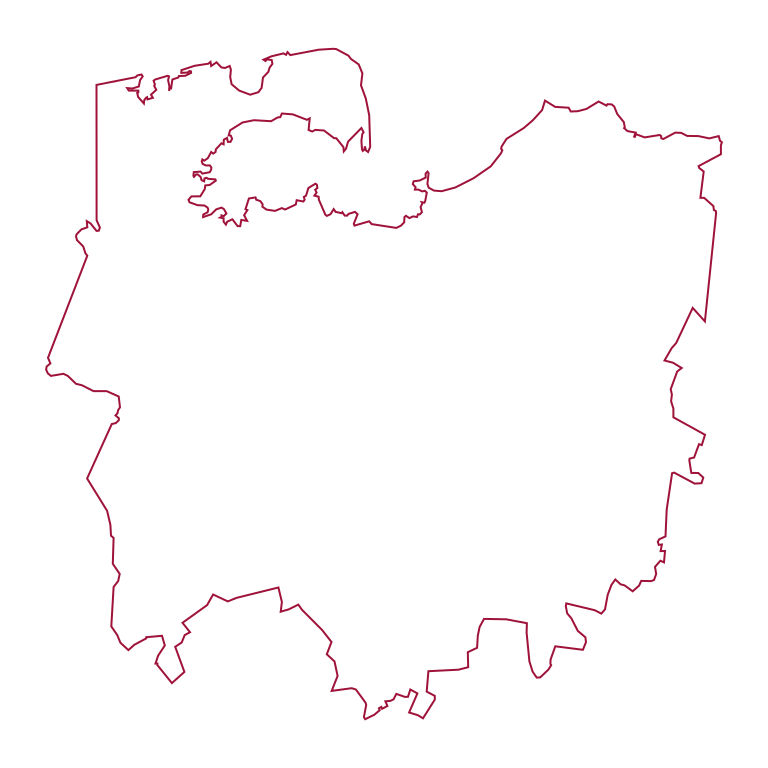 San Antero, Córdoba, Colombia
{"feature_id": "7082276B13648445071260", "entity_name": "San Antero", "entity_type": "district", "adm_level": 2, "iso_a3": "COL", "parent_name": "Colombia", "parent_adm1": "Córdoba", "projection": "natural_earth1", "projection_center": [-75.777, 9.358], "detail": "fine", "context": "isolated", "style": "outline", "palette": "rose", "viewbox_px": 768, "rotation_deg": 0, "n_neighbors": 0, "source": "geoboundaries", "source_scale": "gbopen_adm2", "svg_char_len": 6022}
<svg xmlns="http://www.w3.org/2000/svg" viewBox="0 0 768 768"><path d="M423.0,718.3L434.8,699.6L434.8,695.9L426.7,691.6L428.4,671.2L458.4,669.7L468.2,667.2L467.8,652.2L477.1,647.8L477.8,635.7L479.6,627.0L484.0,618.9L506.2,619.3L526.9,623.2L526.6,632.6L529.4,661.4L532.6,671.6L536.7,677.6L540.2,677.4L548.3,669.7L551.2,665.2L550.4,663.9L550.6,659.5L555.3,646.3L582.9,649.8L586.0,642.1L585.4,637.3L577.8,630.9L571.3,618.2L567.2,613.4L565.8,606.2L566.3,603.4L594.7,610.2L601.3,613.6L605.0,609.4L607.7,594.8L611.5,584.8L615.3,579.5L620.6,584.3L624.6,585.4L632.7,591.3L639.1,585.6L641.2,580.9L651.1,581.1L654.0,580.0L656.2,574.0L655.0,566.9L660.4,560.7L664.0,562.4L665.0,551.0L660.6,551.1L661.9,544.5L658.8,544.9L657.8,541.8L659.2,539.3L665.5,536.4L666.7,509.5L672.1,473.2L674.1,472.6L694.7,483.6L701.5,483.2L703.3,477.6L698.3,473.0L691.3,472.9L689.3,460.2L689.6,458.6L694.1,457.5L699.0,444.2L701.8,445.1L705.0,434.8L673.4,417.3L673.4,408.6L671.1,401.3L671.9,394.6L670.7,389.2L677.2,371.5L681.7,368.0L673.0,362.7L664.5,360.5L671.7,348.1L676.2,343.0L692.7,307.9L704.9,321.4L716.1,213.2L715.8,211.0L713.9,210.0L713.4,206.1L704.2,197.9L700.4,197.8L703.7,171.5L699.2,168.0L698.6,166.1L720.9,154.2L720.9,145.3L721.9,142.3L720.0,140.7L718.7,136.1L709.3,138.4L698.5,136.1L687.1,135.9L681.3,132.9L675.3,132.6L663.3,139.0L661.3,138.3L661.1,136.0L659.6,135.0L644.7,137.4L636.0,134.2L634.8,136.9L634.1,136.6L635.7,132.6L627.5,131.1L624.1,128.1L624.8,127.3L623.8,122.1L617.2,113.9L614.2,106.5L611.7,104.4L607.4,104.2L606.5,105.6L598.6,101.5L586.5,108.9L577.8,111.2L570.8,111.5L568.6,107.7L555.2,106.9L545.0,100.6L542.1,110.1L532.8,120.3L523.8,128.0L506.5,138.9L501.7,146.4L501.1,148.8L502.3,150.3L500.9,153.4L490.8,166.3L473.6,178.2L455.3,187.5L441.6,191.2L434.0,190.6L428.7,187.7L427.4,184.0L428.6,173.2L427.5,171.6L425.6,173.6L425.7,177.6L419.7,180.5L413.6,181.3L412.8,184.1L415.6,187.2L414.9,189.6L418.3,189.6L422.3,191.4L424.9,190.8L426.8,192.6L425.2,201.1L424.4,202.7L421.8,202.2L422.5,203.2L420.6,207.0L421.9,212.2L419.8,214.4L418.0,214.3L417.0,217.0L413.0,216.4L409.4,218.1L405.9,215.8L404.4,217.2L404.2,222.3L400.9,225.7L396.3,227.9L371.6,224.1L369.2,221.3L354.5,225.6L353.8,223.7L357.6,214.2L355.0,211.9L348.5,213.9L347.2,215.6L344.7,215.6L342.4,212.2L341.8,213.2L335.6,211.9L333.7,209.1L330.5,214.2L326.9,215.9L325.4,214.8L318.9,199.8L318.6,196.7L314.4,195.6L316.6,192.6L315.2,189.7L317.4,188.0L316.8,184.6L315.4,183.7L308.4,188.0L306.0,195.7L303.9,196.9L304.6,199.8L303.4,201.5L296.7,200.2L295.8,204.5L285.1,209.5L281.8,208.1L275.0,210.9L266.5,209.6L262.4,206.7L262.6,204.2L260.3,201.1L256.2,199.7L255.5,197.4L248.9,198.5L245.5,209.2L247.4,210.1L244.1,215.2L247.1,220.9L241.3,219.9L240.2,226.1L237.6,226.1L232.4,219.3L227.2,221.7L225.9,224.6L223.6,221.7L223.6,218.3L220.2,217.6L221.5,216.9L221.5,215.4L223.8,216.1L226.4,213.5L224.0,209.2L221.6,207.6L216.3,209.3L211.2,214.3L203.1,217.1L203.3,214.5L207.6,212.3L208.3,209.4L207.5,207.5L204.4,205.5L197.6,205.2L189.5,202.3L188.5,199.8L191.4,196.4L200.3,196.3L204.8,189.0L205.3,185.4L209.6,185.0L215.8,180.7L215.4,179.4L208.0,178.8L206.6,177.8L204.5,178.4L204.2,181.3L201.6,180.2L200.5,176.8L197.6,174.3L196.3,174.3L194.0,176.8L193.4,175.8L193.8,172.1L200.5,171.6L202.4,173.6L209.7,172.2L211.1,169.8L211.4,167.6L209.9,165.4L206.0,165.5L202.7,164.0L201.7,161.5L202.4,159.4L204.2,160.7L207.8,158.2L211.2,152.0L213.2,153.6L215.6,151.9L215.8,149.4L221.4,143.3L223.6,144.3L223.8,139.7L227.0,137.9L227.9,141.9L230.5,141.9L232.1,138.8L230.8,135.6L228.7,135.4L230.1,130.3L242.5,122.5L254.0,120.2L271.1,121.2L277.7,117.4L280.2,117.2L281.9,113.5L292.9,114.4L306.9,119.8L309.7,118.4L308.6,130.0L312.2,131.5L315.3,129.9L324.0,130.5L334.1,138.2L336.3,138.2L343.4,147.1L343.8,151.4L346.0,148.7L348.1,141.6L361.4,128.0L363.6,132.3L362.3,134.1L361.4,140.7L362.0,149.3L362.8,150.9L364.2,149.8L364.9,146.4L366.0,150.5L368.1,152.0L370.2,146.8L369.2,115.2L365.8,98.5L361.0,85.3L362.4,73.4L358.7,64.4L351.0,59.0L348.4,55.6L336.3,49.1L333.2,48.8L318.6,49.7L290.3,55.1L287.5,52.1L286.1,54.8L283.4,53.4L271.2,56.4L263.5,59.7L265.5,61.0L267.1,59.4L271.7,60.0L272.4,63.9L269.6,67.6L268.3,71.9L263.0,77.5L261.6,87.9L258.4,92.2L250.2,94.7L239.2,90.6L231.6,84.2L230.2,77.0L230.9,69.7L229.7,66.0L224.9,68.0L221.4,67.4L216.5,62.3L211.2,66.0L210.5,61.9L208.3,63.7L194.6,65.8L181.5,70.1L181.3,72.9L187.7,72.5L189.3,71.1L190.9,71.3L191.1,72.9L185.2,75.8L178.9,76.0L178.3,77.5L172.4,79.5L171.1,88.3L170.1,87.9L169.0,90.8L169.4,86.3L168.1,80.1L169.0,76.4L167.6,75.8L155.2,79.5L153.6,80.7L154.9,84.4L154.2,85.9L156.3,89.8L151.0,94.7L152.9,97.8L147.5,99.4L147.1,97.2L146.2,97.6L144.3,100.0L143.9,103.5L138.1,96.9L137.2,92.8L138.3,92.4L138.3,90.6L128.8,90.6L127.2,88.1L132.5,88.5L138.8,86.5L140.1,80.1L142.7,76.4L141.5,74.5L137.4,75.4L135.6,77.2L96.5,84.9L96.6,220.2L99.9,227.6L98.8,230.7L96.5,230.9L90.6,223.5L86.8,221.1L87.3,227.3L81.4,229.4L76.6,234.3L76.0,236.3L77.0,240.1L83.3,246.6L85.4,253.3L87.3,255.7L48.0,357.8L50.4,363.4L46.7,366.5L46.1,369.5L47.8,373.3L50.9,375.9L63.4,373.8L67.8,375.9L76.0,383.8L81.8,385.2L93.5,391.1L106.6,391.1L118.7,396.5L120.0,407.3L118.1,410.2L117.5,413.2L115.5,415.4L118.9,418.3L118.8,420.2L115.8,423.1L111.8,424.0L87.1,478.5L107.1,510.8L110.4,524.9L111.0,535.7L113.6,537.9L112.8,563.8L119.7,573.9L118.2,581.0L113.6,587.0L111.3,626.4L117.2,635.0L120.4,642.7L128.4,650.1L134.3,644.8L146.2,638.4L146.2,637.2L162.0,635.8L164.8,645.5L158.1,655.7L155.5,663.5L157.4,663.5L157.4,665.1L171.9,683.1L184.4,671.9L175.2,646.8L181.7,642.5L184.7,635.1L190.0,632.2L182.5,622.8L207.1,605.1L213.1,594.5L227.8,601.4L236.4,597.9L278.4,587.5L281.9,602.0L280.7,611.7L288.9,609.3L298.3,604.6L302.0,609.8L322.1,630.0L331.5,642.0L326.8,654.3L334.5,661.4L337.6,675.9L331.7,690.9L351.7,688.2L355.9,689.5L365.5,702.6L366.2,705.0L363.9,717.1L365.2,719.2L374.4,714.7L379.7,710.2L378.9,708.3L381.3,706.9L382.1,708.8L387.4,706.0L385.4,701.3L390.3,700.9L393.6,699.3L396.3,693.9L404.9,696.9L408.0,696.8L410.3,689.5L417.4,693.4L409.1,712.5L417.9,715.2L423.0,718.3Z" fill="none" stroke="#9f1239" stroke-width="2"/></svg>